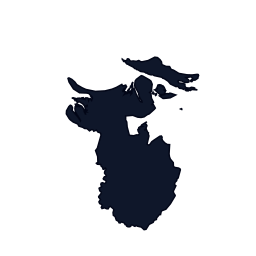 Mong Cai, Vietnam, rotated 214°
{"feature_id": "81297802B69562638547328", "entity_name": "Mong Cai", "entity_type": "district", "adm_level": 2, "iso_a3": "VNM", "parent_name": "Vietnam", "parent_adm1": "", "projection": "natural_earth1", "projection_center": [107.918, 21.499], "detail": "fine", "context": "isolated", "style": "filled", "palette": "ink", "viewbox_px": 256, "rotation_deg": 214, "n_neighbors": 0, "source": "geoboundaries", "source_scale": "gbopen_adm2", "svg_char_len": 6003}
<svg xmlns="http://www.w3.org/2000/svg" viewBox="0 0 256 256"><g transform="rotate(214 128 128)"><path d="M84.2,137.5L86.2,136.3L89.1,136.2L92.5,137.0L93.9,138.1L94.6,139.5L95.9,140.0L97.0,139.0L99.7,132.4L100.6,129.9L100.7,126.2L101.7,125.2L103.2,125.3L106.2,133.1L107.9,134.4L108.3,135.4L109.4,135.5L112.0,137.1L113.4,135.2L112.6,137.7L113.1,138.2L113.5,137.6L113.2,138.9L113.6,140.5L114.8,141.2L115.3,140.9L116.3,141.4L115.9,143.7L118.4,138.1L118.2,137.0L116.9,137.3L117.7,136.4L118.4,136.4L119.3,134.4L118.9,133.6L117.2,133.9L118.8,133.2L119.0,132.3L118.0,131.2L115.4,129.8L115.4,128.1L117.2,127.0L118.9,124.8L122.8,122.7L129.3,128.4L132.4,132.3L134.4,133.3L136.7,136.7L131.1,141.2L126.1,142.4L123.1,144.0L120.9,146.2L119.5,149.8L118.3,151.6L116.6,158.4L116.5,159.8L120.3,161.7L120.9,161.2L121.3,160.0L121.2,163.6L125.2,165.8L129.2,170.4L130.3,168.9L129.2,171.4L132.4,177.8L135.2,179.7L137.3,179.9L144.9,179.3L146.3,178.8L148.3,173.0L148.3,171.0L146.2,166.7L138.5,162.7L138.2,162.0L135.0,159.5L131.6,158.2L130.8,157.4L131.4,156.9L132.8,156.9L134.9,157.8L140.3,160.8L144.7,164.0L144.6,163.0L145.3,162.8L146.6,164.2L146.3,161.9L144.0,159.1L144.3,157.7L145.0,159.6L146.3,160.8L146.7,159.2L145.7,157.5L147.2,158.6L147.7,156.3L148.3,155.8L148.5,157.6L149.8,155.6L149.5,154.5L149.9,153.6L150.2,156.7L152.2,155.6L153.2,155.9L153.2,158.5L152.4,159.6L152.2,161.4L153.9,162.3L155.9,159.9L157.5,160.7L160.3,155.2L162.9,151.3L167.8,145.9L175.5,140.1L184.5,136.4L188.6,135.7L194.7,135.3L197.8,136.4L201.8,136.9L205.0,136.5L205.5,135.6L202.5,133.1L195.0,129.9L187.9,130.1L181.6,134.0L179.8,134.7L175.4,133.8L175.0,133.5L175.8,133.2L174.1,132.6L173.5,130.3L173.8,130.3L174.2,131.3L175.5,131.3L175.3,130.9L176.9,130.4L176.9,129.8L176.2,129.2L176.1,128.8L177.6,130.3L178.2,130.4L179.9,129.3L179.5,127.7L182.0,128.2L182.9,127.4L181.6,126.9L184.7,125.8L186.5,124.4L186.6,123.7L190.4,122.4L191.3,121.4L189.4,122.1L187.5,121.3L187.9,122.4L187.3,122.6L185.0,121.2L184.4,121.5L184.2,120.6L183.3,122.5L179.2,122.8L175.6,121.8L174.7,123.9L173.9,124.2L174.7,123.3L174.8,122.6L174.3,122.5L175.5,121.3L172.8,119.2L171.3,120.2L172.0,119.2L173.4,119.0L172.6,118.0L171.5,118.0L172.5,117.4L171.1,115.9L171.6,115.8L173.1,117.1L172.7,116.7L173.0,116.7L175.6,119.1L178.6,120.2L183.7,119.4L185.0,118.2L183.8,117.3L181.2,118.7L179.7,118.6L181.3,118.1L183.7,116.1L182.8,114.3L180.7,112.0L171.6,107.8L171.4,107.3L176.8,109.4L184.1,111.3L185.3,113.8L187.0,114.8L188.1,114.8L188.6,114.6L189.0,112.6L188.6,107.9L187.0,105.2L182.0,102.9L180.3,102.5L176.8,102.3L171.9,103.2L169.8,102.1L165.8,103.3L163.8,103.3L161.5,104.6L158.3,104.1L157.5,106.0L156.7,106.7L155.9,106.9L154.6,106.2L153.0,108.6L150.6,107.8L148.7,108.4L147.6,108.2L146.3,106.9L142.1,94.1L142.3,91.2L137.2,87.4L133.8,82.8L134.5,81.1L133.2,80.8L130.2,82.5L129.0,81.4L127.3,81.2L125.6,79.9L124.8,80.3L124.6,82.1L123.8,82.1L122.9,81.0L123.1,79.2L122.3,77.5L119.3,76.3L119.3,75.2L120.3,74.4L120.2,72.2L119.5,71.7L117.7,72.0L116.3,71.7L115.8,70.2L116.0,69.1L118.7,68.3L119.4,67.2L118.9,65.9L117.0,64.6L118.3,61.9L116.2,60.1L114.5,60.0L113.9,59.3L113.7,58.1L114.0,54.8L113.4,54.1L110.9,53.4L110.8,50.5L109.2,49.5L107.5,49.8L106.1,49.5L105.8,47.3L104.5,46.7L102.8,48.7L100.8,49.0L99.3,49.8L99.4,52.2L98.9,53.2L94.9,52.8L94.0,52.2L93.1,49.5L91.3,47.4L89.2,47.4L86.2,45.1L83.8,45.3L82.4,44.4L81.4,44.9L80.9,46.5L78.1,47.2L76.3,46.3L75.1,46.7L74.3,45.9L72.7,46.1L71.2,47.2L70.8,48.3L71.0,49.5L70.6,50.0L67.7,50.2L67.2,50.4L66.9,51.8L65.4,51.8L61.6,53.3L57.8,52.7L56.4,54.1L56.6,59.9L54.4,63.8L54.7,66.1L53.3,68.0L54.0,69.5L53.5,74.0L52.6,74.4L53.7,77.2L53.7,78.3L51.2,81.8L50.5,88.9L51.0,98.1L51.3,98.6L53.7,99.6L55.1,100.9L56.0,106.9L57.5,107.0L58.0,107.5L58.6,109.2L58.2,111.5L58.9,113.1L58.5,114.6L61.2,122.6L62.0,123.2L63.6,123.1L67.6,121.3L69.1,121.9L71.1,124.6L75.5,125.9L77.5,127.3L79.5,129.5L84.2,137.5ZM164.9,180.8L164.4,180.4L163.5,181.0L162.7,180.8L162.3,181.3L161.8,180.9L157.9,181.4L155.4,181.1L154.2,181.6L153.4,181.3L152.5,181.8L149.2,181.9L145.7,183.6L143.6,183.6L142.9,184.5L142.1,184.0L140.5,184.3L138.5,185.0L137.5,186.0L135.6,186.1L128.3,189.0L127.0,188.7L125.5,189.2L120.8,189.2L117.4,188.2L111.4,189.1L109.9,190.4L107.6,189.7L105.0,191.0L103.7,191.0L103.4,191.9L100.4,193.3L99.2,193.1L97.2,194.0L96.6,195.6L91.8,198.3L94.9,197.6L95.2,198.4L96.1,198.2L98.2,197.2L99.4,195.4L102.3,193.9L104.0,194.3L105.4,196.2L107.7,195.5L110.9,193.8L112.8,194.6L112.7,195.5L109.7,197.1L106.8,197.4L104.0,199.2L103.3,200.2L103.6,201.2L104.6,201.8L108.3,202.2L104.2,205.7L102.4,205.6L102.1,205.2L102.6,202.4L101.9,201.7L101.0,202.1L100.8,204.1L99.2,205.2L97.9,208.4L98.6,209.7L98.7,210.8L99.6,211.6L100.6,211.2L104.5,207.8L108.8,205.1L116.4,201.7L122.6,201.4L125.0,200.7L127.9,202.2L131.0,200.3L135.3,199.5L137.3,201.6L139.6,202.5L142.9,202.9L145.4,201.7L149.0,195.2L153.4,190.7L154.6,190.1L156.8,190.0L158.4,187.9L161.2,186.5L162.8,185.1L163.7,184.8L165.6,185.6L166.7,185.4L167.2,184.9L166.9,183.3L167.3,182.6L169.8,181.5L168.9,180.7L167.2,181.4L165.6,180.6L164.9,180.8ZM117.0,176.1L116.6,176.0L119.8,172.2L115.4,172.1L114.7,172.6L109.9,176.6L106.9,182.1L111.9,180.7L112.9,180.2L113.4,178.9L114.1,178.9L117.0,176.8L117.6,180.0L120.1,179.2L118.2,180.3L120.9,182.0L122.4,182.4L122.7,180.7L122.8,182.2L124.4,182.2L125.5,181.8L125.1,180.2L125.6,181.2L126.3,181.3L127.2,180.4L126.4,177.1L125.0,177.1L126.6,176.6L126.5,175.3L127.2,174.6L119.9,173.6L117.0,176.1ZM149.1,163.6L148.1,163.4L148.2,165.3L149.6,168.9L149.7,167.5L148.9,164.9L149.1,164.2L149.5,164.7L149.1,163.6ZM101.8,192.0L101.8,191.5L100.6,191.4L99.2,192.2L100.4,192.9L101.8,192.0ZM148.8,162.6L149.2,158.9L148.7,158.5L148.3,159.8L148.8,162.6ZM123.6,172.3L124.3,171.6L124.3,170.9L123.3,170.4L123.0,171.4L123.6,172.3ZM127.4,171.8L126.9,170.2L126.0,170.3L125.9,171.3L126.5,171.1L127.4,171.8ZM153.0,156.6L152.7,155.8L152.0,156.9L152.1,158.3L153.0,156.6ZM94.6,173.9L95.0,173.2L93.8,173.4L93.9,173.8L94.6,173.9ZM171.2,181.9L170.9,181.5L170.6,181.5L170.7,181.9L171.2,181.9Z" fill="#0f172a" stroke="#020617" stroke-width="1.5"/></g></svg>